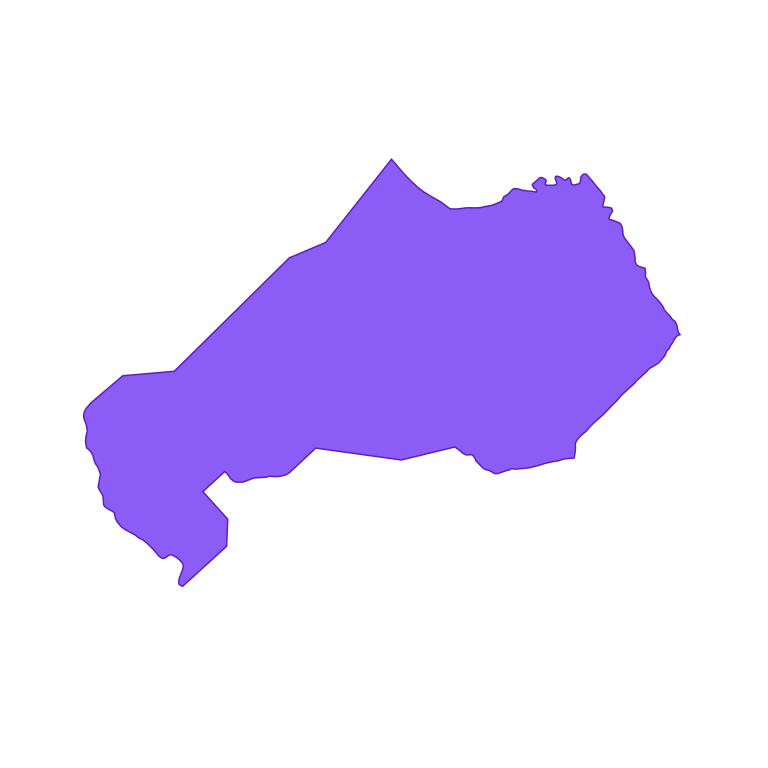 San Jose, La Paz, Honduras (Albers equal-area conic projection), rotated 138°
{"feature_id": "27666195B94160628539031", "entity_name": "San Jose", "entity_type": "district", "adm_level": 2, "iso_a3": "HND", "parent_name": "Honduras", "parent_adm1": "La Paz", "projection": "albers", "projection_center": [-87.966, 14.235], "detail": "fine", "context": "isolated", "style": "filled", "palette": "violet", "viewbox_px": 768, "rotation_deg": 138, "n_neighbors": 0, "source": "geoboundaries", "source_scale": "gbopen_adm2", "svg_char_len": 6134}
<svg xmlns="http://www.w3.org/2000/svg" viewBox="0 0 768 768"><g transform="rotate(138 384 384)"><path d="M112.5,295.2L113.6,296.8L114.7,298.7L115.4,300.1L116.4,302.3L116.5,303.0L116.3,304.6L115.8,306.2L115.4,307.0L115.0,307.6L113.8,308.8L113.2,309.5L110.5,313.4L109.0,315.9L108.9,316.3L108.5,320.0L107.7,330.5L107.5,331.9L107.1,333.3L106.6,334.5L106.1,335.5L104.3,337.7L102.7,340.1L101.8,341.9L101.3,343.4L101.1,344.3L101.1,345.2L101.2,345.8L101.5,346.6L102.7,349.2L104.5,352.7L105.0,353.6L106.1,355.0L106.3,355.5L106.3,355.8L106.1,356.2L105.6,356.7L104.6,357.4L103.6,357.9L102.4,358.4L99.9,359.1L98.1,359.9L98.0,360.0L97.3,362.5L97.4,362.9L98.3,364.2L100.2,366.4L102.3,368.5L102.5,368.9L102.5,369.4L102.4,369.7L102.1,370.1L98.3,372.7L95.5,374.8L94.8,375.6L94.5,376.1L94.4,376.8L94.5,378.1L93.9,383.4L93.8,389.3L93.3,397.7L93.3,403.2L93.3,404.3L93.4,404.8L93.8,405.2L94.5,405.7L95.4,406.4L96.8,406.5L98.2,406.2L99.2,406.0L99.8,405.7L100.4,405.2L101.4,404.1L102.4,403.3L103.5,402.5L104.3,402.3L104.7,402.3L105.3,402.5L107.0,403.3L108.6,404.1L109.9,405.0L110.4,405.4L110.6,405.9L110.8,406.5L110.8,407.0L110.6,407.6L109.1,410.3L108.5,411.9L108.3,412.7L108.4,413.3L108.5,413.5L108.8,413.7L109.2,413.8L110.8,413.9L112.5,413.9L113.0,414.1L113.6,415.7L114.3,418.5L114.8,420.1L115.5,421.4L116.0,422.3L116.7,422.9L117.1,423.2L117.6,423.3L118.0,423.2L118.5,422.9L118.9,422.6L119.7,421.2L120.4,419.3L120.9,418.3L121.3,417.7L121.6,417.5L121.9,417.3L122.3,417.2L122.8,417.2L124.0,417.6L125.2,418.4L127.4,420.3L130.1,423.0L130.5,423.5L130.7,424.1L130.7,424.4L130.5,424.7L128.5,425.8L127.7,426.4L127.4,426.8L127.3,427.4L127.2,428.0L127.4,428.8L127.6,429.7L128.0,430.6L128.3,431.3L128.8,431.9L129.2,432.4L129.8,432.8L130.5,433.0L131.4,433.1L134.0,433.0L139.4,433.1L140.1,433.1L140.3,433.0L140.6,432.6L140.9,432.0L141.1,431.2L141.3,430.3L141.3,429.2L140.9,427.3L141.0,425.9L141.2,425.3L141.5,425.0L141.9,424.8L142.3,424.9L142.9,425.3L145.3,428.4L146.1,429.3L146.6,429.9L147.6,430.5L148.0,430.9L149.0,432.5L149.5,433.3L150.5,434.3L151.6,435.2L152.6,437.3L153.6,439.0L155.6,441.3L156.6,442.1L157.3,442.4L157.7,442.5L159.5,442.5L163.0,442.2L165.0,442.2L166.2,442.3L168.7,442.8L169.9,442.9L170.3,442.8L170.7,442.7L171.7,442.0L172.4,441.7L173.9,441.3L174.7,441.1L177.0,441.9L183.5,444.3L184.9,445.0L189.2,447.6L193.5,450.1L195.0,451.0L198.9,454.3L202.8,458.0L204.3,459.3L205.6,460.3L209.4,462.9L212.2,464.9L214.9,467.3L217.7,469.9L220.0,481.6L223.1,490.6L225.7,499.3L227.3,507.2L228.2,517.7L228.5,528.0L228.1,541.7L228.1,546.0L332.5,528.2L364.6,539.2L369.8,541.1L531.4,533.8L572.5,564.9L615.1,566.1L616.7,565.7L621.3,565.2L625.1,564.0L628.4,561.5L629.8,559.7L631.0,556.8L631.7,554.8L633.2,551.7L636.1,547.4L637.7,546.4L640.5,544.4L642.7,542.6L644.5,540.7L645.7,538.9L646.9,536.8L647.8,535.7L647.3,533.2L647.2,531.1L647.3,529.6L647.8,526.4L648.2,525.5L649.7,523.0L651.2,519.3L651.8,517.4L652.1,514.8L652.5,513.3L653.3,510.9L654.3,508.5L655.2,506.7L655.7,506.2L658.2,504.4L661.6,501.6L664.2,499.7L665.3,498.7L665.7,497.8L666.2,496.1L666.9,493.0L667.4,490.2L667.8,489.0L668.2,488.2L668.7,487.5L671.3,484.3L672.9,482.2L673.3,481.4L673.4,480.6L673.5,479.9L673.3,478.0L672.5,475.2L671.1,471.4L670.8,469.9L670.8,468.8L670.8,468.3L671.0,467.8L671.8,467.0L672.0,466.7L672.2,465.5L673.1,464.6L673.4,464.0L674.0,462.2L674.4,460.5L674.6,458.6L674.7,456.2L674.7,453.4L674.3,451.3L673.7,448.9L671.5,442.4L669.9,438.3L669.8,437.5L669.5,435.4L669.1,433.5L668.8,432.6L668.3,431.6L668.0,431.0L667.6,429.5L667.2,427.7L666.5,422.8L666.2,417.9L666.2,412.4L666.4,407.5L666.3,406.0L665.9,404.1L665.6,403.3L665.1,402.4L664.5,401.9L664.1,401.6L663.4,401.4L662.1,401.0L661.0,400.9L659.5,400.9L658.4,400.7L657.7,400.4L657.0,399.9L656.5,399.4L655.9,398.8L655.3,397.7L655.2,397.0L655.0,395.8L654.4,394.7L654.2,393.8L653.7,390.3L653.6,387.8L653.6,386.1L653.9,384.8L654.4,383.8L655.4,382.7L656.2,382.0L658.7,380.4L666.8,376.2L667.5,375.6L668.1,375.1L670.3,372.6L670.3,372.4L670.3,372.1L669.9,370.5L669.5,369.4L668.9,368.4L609.5,368.7L590.6,388.1L590.6,425.2L560.9,425.5L560.7,423.3L560.7,421.6L560.8,419.6L561.3,416.9L561.3,415.9L561.2,414.9L560.9,413.2L560.4,411.5L559.7,410.3L558.6,409.1L556.3,407.0L554.5,405.6L553.8,405.2L550.9,404.0L545.6,402.0L544.1,401.4L543.3,400.9L541.4,399.5L534.0,393.6L533.5,393.3L532.3,393.0L531.1,392.2L529.4,390.6L526.7,387.8L524.6,386.1L522.6,384.7L519.0,382.7L517.6,382.2L516.2,381.8L514.4,381.5L512.4,381.4L477.6,382.0L421.9,315.9L373.5,289.8L372.0,282.9L371.9,282.1L371.9,280.3L371.5,278.9L370.7,277.1L370.0,275.9L366.3,272.9L366.1,272.6L365.9,272.2L365.8,270.7L366.0,268.8L366.2,267.5L367.0,265.8L367.1,265.0L366.7,255.2L366.4,254.0L365.9,252.8L365.5,252.1L364.2,250.2L363.1,247.8L362.6,246.4L362.2,244.9L361.9,244.0L361.4,243.1L360.8,242.4L359.6,241.5L358.0,240.7L351.4,237.9L348.5,236.4L347.6,236.1L347.3,236.3L347.0,236.2L346.4,236.0L346.0,235.7L344.0,233.5L342.5,232.2L337.2,228.2L332.2,224.6L323.2,219.8L318.4,217.7L314.8,215.8L310.0,213.0L308.4,212.0L305.6,210.1L304.6,209.7L302.4,208.8L300.4,207.7L298.1,206.3L294.8,203.6L292.4,201.9L292.1,201.9L290.8,202.8L285.7,207.1L283.6,209.4L282.2,211.1L281.4,211.8L280.5,212.3L279.0,212.9L277.8,213.2L276.2,213.5L273.3,213.8L270.4,213.9L268.3,213.8L266.0,213.6L265.0,213.6L260.6,214.3L253.7,214.7L241.1,214.6L227.6,215.6L223.2,215.8L218.0,216.3L213.7,216.8L204.0,216.9L197.6,216.9L196.1,217.0L194.6,217.4L193.9,217.4L180.7,217.5L179.4,217.6L177.0,217.9L175.5,217.8L172.9,217.1L167.3,216.1L166.3,216.0L164.8,216.0L160.3,216.5L156.5,217.2L154.6,217.9L153.1,218.7L151.9,219.4L149.9,219.3L148.8,219.4L147.8,219.7L145.3,220.8L142.3,221.5L138.9,222.7L135.6,223.5L134.7,223.6L133.7,223.5L132.4,223.2L131.0,222.6L131.0,223.2L130.9,224.0L130.5,225.6L129.1,228.4L128.5,229.4L127.6,230.7L127.3,231.2L126.3,233.8L125.9,235.5L125.9,236.5L126.3,238.1L126.4,239.4L126.3,240.6L126.0,242.7L126.1,246.8L126.1,250.4L125.9,251.9L125.2,254.0L124.8,255.4L124.4,259.1L124.3,262.7L124.6,268.6L124.5,270.7L124.3,272.2L123.4,274.8L122.1,277.9L121.4,279.1L120.0,281.3L119.1,283.0L118.9,283.9L118.3,287.4L118.0,288.6L117.0,289.9L115.3,291.5L113.4,294.1L112.5,295.2Z" fill="#8b5cf6" stroke="#5b21b6" stroke-width="1.5"/></g></svg>